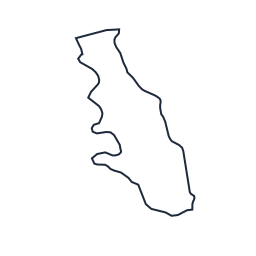 the border of Val-d'Oise, rotated 56°
{"feature_id": "FRA-5349", "entity_name": "Val-d'Oise", "entity_type": "Metropolitan department", "adm_level": 1, "iso_a3": "FRA", "parent_name": "France", "parent_adm1": "", "projection": "equal_earth", "projection_center": [2.084, 49.057], "detail": "fine", "context": "isolated", "style": "outline", "palette": "slate", "viewbox_px": 256, "rotation_deg": 56, "n_neighbors": 0, "source": "natural_earth", "source_scale": "10m", "svg_char_len": 1252}
<svg xmlns="http://www.w3.org/2000/svg" viewBox="0 0 256 256"><g transform="rotate(56 128 128)"><path d="M174.8,155.1L169.6,155.5L161.0,158.7L155.5,163.3L152.2,165.4L148.4,166.2L145.7,167.5L141.2,173.7L138.8,175.8L133.0,174.9L132.3,168.1L135.5,160.5L142.0,156.2L143.2,154.6L144.2,152.4L144.7,150.3L144.3,147.7L143.4,146.7L142.0,146.3L137.4,144.3L126.2,143.5L121.8,144.9L119.2,148.2L115.1,156.8L111.4,159.3L107.9,158.2L106.2,154.6L107.8,149.3L104.0,143.2L101.4,140.9L97.5,139.8L93.5,139.8L80.6,144.0L77.4,138.5L74.9,128.2L74.0,126.6L72.0,125.0L68.1,123.6L63.7,123.6L59.3,124.6L46.8,130.8L42.7,130.6L41.0,125.6L41.4,124.6L36.2,122.6L31.6,122.1L24.4,120.9L34.8,91.1L41.3,80.2L44.4,82.7L45.0,84.7L45.7,87.6L47.1,89.8L49.7,91.5L52.2,92.1L54.6,92.5L61.5,92.5L71.6,95.3L77.8,96.1L81.6,97.4L89.1,95.8L99.2,95.5L103.5,94.8L106.6,93.4L115.8,87.6L118.4,86.3L121.5,85.3L123.6,85.7L125.3,86.9L126.8,88.4L129.5,90.2L135.1,92.7L138.3,92.6L143.5,93.6L157.3,98.7L160.5,99.2L163.4,99.1L170.8,95.1L174.7,94.2L178.1,95.1L215.7,112.6L217.7,112.7L221.3,111.2L223.0,111.9L224.3,113.3L225.1,114.8L227.0,117.1L231.6,120.3L229.2,125.0L228.0,135.4L225.2,140.9L219.1,144.0L208.1,153.9L201.1,155.8L180.7,151.2L174.8,155.1Z" fill="none" stroke="#1e293b" stroke-width="2"/></g></svg>